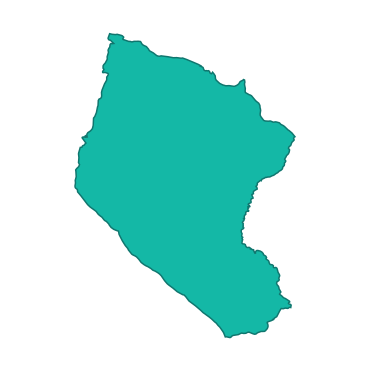 the district of Silvania, Cundinamarca, Colombia, rotated 291°
{"feature_id": "7082276B74452941535479", "entity_name": "Silvania", "entity_type": "district", "adm_level": 2, "iso_a3": "COL", "parent_name": "Colombia", "parent_adm1": "Cundinamarca", "projection": "robinson", "projection_center": [-74.378, 4.431], "detail": "fine", "context": "isolated", "style": "filled", "palette": "teal", "viewbox_px": 384, "rotation_deg": 291, "n_neighbors": 0, "source": "geoboundaries", "source_scale": "gbopen_adm2", "svg_char_len": 5990}
<svg xmlns="http://www.w3.org/2000/svg" viewBox="0 0 384 384"><g transform="rotate(291 192 192)"><path d="M310.3,58.4L305.5,58.5L304.4,59.5L304.3,60.0L304.4,61.6L302.6,65.7L302.0,64.6L301.5,63.1L300.4,62.7L297.6,63.3L296.5,62.9L294.8,62.8L293.9,63.0L292.8,63.8L292.2,64.0L287.9,64.3L285.6,65.3L281.3,64.8L279.3,64.0L277.9,63.8L275.7,64.6L275.0,65.8L274.6,65.9L272.7,65.4L272.1,65.5L271.6,65.8L271.5,66.1L272.5,68.1L272.6,71.0L272.3,71.5L271.7,71.7L270.1,71.6L268.7,71.2L266.4,72.1L265.4,72.2L263.8,71.9L263.3,72.0L262.2,71.6L255.1,71.5L252.6,71.8L249.4,73.2L247.9,73.5L246.6,73.1L245.4,71.9L243.9,71.7L239.0,73.3L237.6,73.3L231.9,74.3L227.6,74.2L225.7,73.6L218.8,75.9L216.4,76.2L214.9,76.2L212.6,75.3L210.1,73.5L208.6,73.2L207.6,73.3L205.9,74.4L205.8,73.7L206.3,72.3L205.9,72.2L205.5,73.2L205.1,73.3L204.4,70.7L204.2,70.7L203.7,70.0L203.2,70.0L199.7,75.4L199.3,75.1L197.2,74.6L196.2,73.5L195.6,73.2L194.5,73.2L194.2,72.9L193.6,71.7L187.8,72.2L186.9,72.4L183.6,74.1L178.8,75.5L177.3,77.2L175.0,77.1L172.5,75.9L170.9,75.5L169.5,76.3L164.8,78.4L163.6,78.6L161.1,78.8L158.6,80.0L155.7,80.6L154.7,81.1L154.0,81.8L153.2,84.1L151.1,85.2L148.6,89.7L142.8,99.1L141.5,102.2L139.8,108.6L139.4,109.7L137.8,112.1L137.1,113.8L136.2,117.0L134.4,120.0L134.1,120.7L133.8,122.7L132.3,125.8L131.5,126.6L129.9,129.2L129.1,132.3L129.0,135.2L129.1,137.4L126.2,139.2L121.5,144.4L118.1,148.9L116.3,152.2L115.1,153.4L112.4,158.0L112.1,159.2L111.9,161.7L111.6,163.4L110.2,166.3L108.0,169.8L107.0,173.2L106.6,175.4L106.5,177.6L105.8,181.2L105.0,183.4L104.9,186.0L104.4,189.0L103.8,191.1L102.8,193.3L99.4,198.2L97.5,201.7L96.9,203.4L95.5,208.5L93.6,214.0L92.8,220.2L93.0,221.6L91.9,223.9L89.2,228.2L87.0,236.0L84.7,242.5L83.4,245.5L81.4,253.1L80.3,256.3L78.9,259.6L78.3,261.6L76.8,264.1L75.8,266.4L72.9,270.7L71.9,272.0L68.6,275.0L69.2,276.1L69.6,279.1L69.9,279.9L70.5,280.4L71.6,280.8L72.8,281.7L75.5,286.4L77.2,287.9L78.1,288.9L78.5,291.0L79.4,292.9L80.8,294.1L81.6,295.4L81.5,299.4L81.6,301.1L81.8,301.7L82.5,302.7L84.1,303.6L86.5,306.4L87.8,309.5L88.9,310.4L90.1,310.7L90.9,311.1L92.4,311.3L93.9,311.1L95.0,310.6L96.0,309.9L96.8,309.0L97.4,309.0L97.9,309.5L98.3,309.7L100.2,312.0L102.0,313.7L102.2,313.3L102.5,313.5L103.0,314.0L103.9,314.2L106.0,315.8L112.7,316.5L115.1,317.0L115.4,317.5L115.6,318.8L117.1,320.8L117.6,323.0L117.9,323.4L119.1,324.2L119.4,324.6L119.5,325.6L121.9,325.1L122.4,324.3L122.2,322.9L122.5,322.0L123.3,321.9L124.3,322.6L124.8,322.4L125.0,322.1L126.0,317.5L126.1,315.3L127.3,312.7L127.9,310.4L128.2,310.3L130.5,310.8L132.8,308.0L134.3,307.1L135.0,306.4L135.9,304.7L137.0,303.7L138.5,303.5L140.4,304.8L141.2,304.9L141.8,304.6L142.6,303.9L145.2,303.9L146.2,303.2L147.9,301.1L150.8,299.0L151.3,298.5L151.6,297.3L151.0,296.5L150.7,295.5L151.0,294.9L152.3,294.4L152.7,293.5L152.8,292.7L152.4,291.4L152.5,290.6L153.5,289.5L154.9,288.5L155.3,287.8L156.0,285.2L156.6,284.9L157.5,285.1L158.5,284.0L159.1,281.2L160.1,280.5L161.0,278.7L161.3,276.6L161.0,275.1L161.1,274.8L160.7,273.6L160.1,273.0L159.0,272.9L158.6,272.6L158.1,272.7L157.7,273.1L157.4,272.8L157.8,272.1L158.8,271.3L159.3,270.5L159.9,270.4L159.9,269.9L160.1,269.8L159.8,268.2L159.8,267.1L160.3,267.3L160.8,265.5L160.8,265.0L160.1,264.0L160.0,263.0L160.4,261.9L162.0,260.6L162.2,259.5L161.8,258.1L162.0,257.1L162.9,256.7L164.1,256.5L164.6,256.2L165.5,256.5L166.4,255.4L167.9,255.6L168.3,254.4L168.6,254.1L171.0,253.7L172.3,252.3L173.9,251.7L174.8,251.9L175.9,252.9L176.9,253.2L176.9,252.7L177.6,252.1L178.6,252.1L179.5,251.5L180.7,251.3L181.6,250.0L182.7,250.1L183.9,250.7L184.4,250.4L185.7,250.6L185.8,250.6L185.8,249.8L186.6,250.1L188.1,249.5L189.1,249.5L190.4,250.2L192.1,249.5L192.5,249.5L193.6,250.2L194.0,250.8L194.2,251.6L194.5,251.7L194.9,251.6L195.2,250.8L195.7,250.4L196.3,250.1L197.2,250.5L197.8,249.6L198.1,249.4L198.5,249.6L198.8,251.1L199.3,251.2L200.0,250.3L200.4,249.0L200.8,248.9L201.4,249.1L203.1,250.8L203.9,250.8L204.8,250.0L206.5,249.8L207.1,250.0L207.9,251.1L208.2,251.2L208.9,250.7L210.5,249.0L211.1,248.8L212.4,250.0L213.7,249.3L214.6,249.2L216.9,250.7L217.8,251.7L218.2,251.8L219.3,251.1L219.8,250.6L219.9,250.0L220.2,249.7L221.7,250.3L222.5,250.3L223.4,249.8L224.2,249.9L227.1,251.6L227.4,252.0L227.3,252.6L229.0,252.7L231.1,254.8L232.0,255.4L232.3,256.3L233.0,257.1L234.0,259.3L235.9,261.0L236.4,261.7L237.2,262.5L239.6,264.0L240.6,265.0L243.0,266.1L243.9,267.1L245.4,267.9L246.1,268.1L247.7,267.8L249.8,268.6L250.6,268.5L252.2,267.9L253.4,268.4L254.2,268.5L254.8,268.2L255.7,266.8L256.0,266.7L258.6,267.2L259.8,267.2L262.2,268.3L264.1,268.4L266.3,268.0L266.9,267.2L267.0,266.6L267.7,266.3L269.3,266.5L270.7,267.5L274.0,267.4L277.0,268.7L277.7,268.4L278.0,267.8L278.7,267.7L279.9,267.7L280.5,268.3L282.9,264.2L284.2,260.5L284.3,259.6L286.3,254.9L286.7,253.4L287.0,250.6L287.8,249.1L287.9,248.6L287.6,245.7L287.3,244.6L286.4,243.1L286.3,242.3L286.4,240.4L286.3,239.5L285.5,238.0L284.6,235.1L284.5,233.7L284.7,233.0L287.1,229.2L288.2,228.1L289.4,227.6L292.6,226.9L294.1,226.1L295.0,225.4L297.2,224.3L298.8,222.5L299.7,219.5L300.4,218.0L303.2,213.0L303.4,211.5L303.3,210.5L304.0,206.2L305.3,205.4L307.7,204.7L310.8,202.7L312.4,202.1L313.5,202.0L315.4,200.9L315.4,199.7L314.6,199.5L312.5,197.5L311.6,197.2L309.9,197.0L308.1,196.0L306.4,194.4L305.7,193.4L304.6,188.5L303.3,185.6L303.0,182.4L303.3,178.9L305.1,174.5L306.2,173.3L308.7,172.1L310.0,170.4L311.2,168.3L310.6,168.2L309.3,167.6L309.7,166.0L310.8,165.2L311.2,164.0L310.5,162.7L310.5,162.0L310.1,161.5L309.9,160.8L310.2,159.4L312.2,157.7L312.4,156.8L312.5,154.7L313.0,155.0L313.4,152.0L313.8,139.6L313.7,135.2L313.0,133.9L311.9,129.4L310.7,126.6L309.6,120.8L308.0,114.3L307.2,113.3L306.7,111.6L306.7,110.2L308.0,106.0L308.5,102.3L308.8,101.4L309.8,100.2L311.4,97.3L311.6,94.0L312.1,92.6L312.6,91.7L313.4,90.9L314.0,90.0L313.6,88.3L311.9,83.9L310.8,82.5L310.5,81.8L310.4,80.3L309.9,79.0L309.7,73.1L310.1,72.5L311.6,72.8L312.1,72.7L312.8,71.1L312.9,70.0L312.4,65.6L311.5,64.1L310.6,60.8L310.3,58.4Z" fill="#14b8a6" stroke="#0f766e" stroke-width="1.5"/></g></svg>